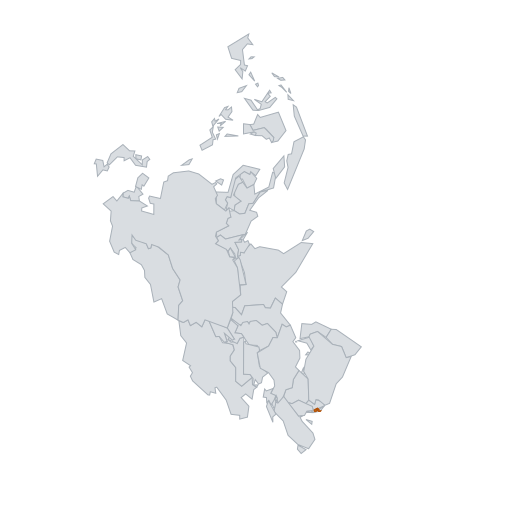 Palestine highlighted on a map of Asia, rotated 236°
{"feature_id": "PSE", "entity_name": "Palestine", "entity_type": "country or territory", "adm_level": 0, "iso_a3": "PSE", "parent_name": "Asia", "parent_adm1": "", "projection": "robinson", "projection_center": [35.031, 31.871], "detail": "fine", "context": "in_parent", "style": "filled", "palette": "amber", "viewbox_px": 512, "rotation_deg": 236, "n_neighbors": 45, "source": "natural_earth", "source_scale": "50m", "svg_char_len": 13500}
<svg xmlns="http://www.w3.org/2000/svg" viewBox="0 0 512 512"><g transform="rotate(236 256 256)"><path d="M245.4,155.8L241.5,158.6L241.1,163.9L235.0,162.7L234.5,169.3L227.6,171.5L231.6,178.0L230.4,181.1L211.6,177.6L209.9,180.5L202.8,179.8L196.3,187.3L190.2,185.5L187.4,178.7L183.4,176.0L174.8,176.8L163.5,169.1L156.1,171.3L157.5,184.9L151.4,181.2L146.8,183.2L146.5,179.4L139.5,172.7L147.4,170.3L146.9,164.5L135.4,166.1L127.2,158.8L129.9,151.3L133.0,153.4L138.7,146.8L153.2,150.7L169.2,150.1L169.7,148.3L164.7,145.9L169.0,142.2L166.6,139.8L167.7,138.5L187.9,133.6L193.1,134.4L194.8,138.1L201.3,138.4L201.6,140.4L210.4,136.8L222.7,149.8L232.0,149.1L245.4,155.8Z" fill="#d9dde1" stroke="#a8b0b8" stroke-width="1"/><path d="M157.5,184.9L156.1,171.3L163.5,169.1L174.8,176.8L183.4,176.0L187.4,178.7L190.2,185.5L195.2,187.3L202.4,181.4L201.2,184.2L209.6,186.6L206.2,189.3L202.6,189.0L202.3,186.2L198.4,187.1L196.6,191.5L194.0,191.4L196.8,196.7L195.5,200.5L165.0,179.6L160.9,184.9L157.5,184.9Z" fill="#d9dde1" stroke="#a8b0b8" stroke-width="1"/><path d="M445.2,349.7L444.1,374.2L441.4,371.1L433.0,371.5L436.7,367.4L434.7,360.2L420.8,353.2L418.5,355.4L415.3,350.5L421.0,348.2L416.2,348.2L410.6,343.5L422.1,342.9L423.4,350.3L426.7,352.6L433.5,346.3L445.2,349.7ZM391.1,373.3L389.1,378.0L385.8,378.4L387.8,374.8L391.1,373.3ZM422.1,365.8L421.9,363.0L423.3,360.4L423.9,363.3L422.1,365.8ZM368.4,324.4L366.6,327.8L372.4,336.5L368.5,337.0L362.7,355.0L343.2,351.0L339.1,338.4L341.4,332.4L344.3,337.0L355.2,335.4L357.8,334.6L361.8,323.8L368.4,324.4ZM401.7,352.7L410.2,351.5L411.4,354.4L401.7,352.7ZM398.3,354.2L396.0,353.5L395.4,351.9L398.7,351.7L398.3,354.2ZM401.9,331.8L404.5,335.7L402.6,343.3L400.2,336.1L401.9,331.8ZM378.6,335.0L393.1,334.6L388.0,339.0L376.4,339.0L375.9,341.9L378.8,345.2L386.8,342.2L380.6,347.1L385.8,360.0L382.8,359.8L384.4,356.7L380.4,357.1L378.8,349.8L376.6,350.9L376.7,360.7L374.6,361.2L371.5,350.5L375.2,339.4L378.6,335.0ZM377.1,377.4L371.2,375.8L374.3,375.1L377.1,377.4ZM374.5,373.0L381.4,371.7L384.4,370.3L383.8,372.4L374.5,373.0ZM367.9,370.3L371.8,372.6L363.9,373.9L367.9,370.3ZM329.1,362.1L350.6,366.0L360.6,371.4L356.8,372.8L326.6,365.7L329.1,362.1ZM320.8,342.6L329.5,351.4L328.3,361.9L324.6,362.0L317.8,355.8L293.5,319.4L300.8,320.2L311.5,332.1L317.7,334.7L322.2,339.5L320.8,342.6Z" fill="#d9dde1" stroke="#a8b0b8" stroke-width="1"/><path d="M391.4,375.2L394.4,371.6L399.0,371.5L391.4,375.2Z" fill="#d9dde1" stroke="#a8b0b8" stroke-width="1"/><path d="M96.4,215.0L93.8,220.3L93.6,229.2L91.5,222.7L94.2,215.7L96.4,215.0Z" fill="#d9dde1" stroke="#a8b0b8" stroke-width="1"/><path d="M98.9,211.5L94.3,215.7L98.4,210.0L98.9,211.5Z" fill="#d9dde1" stroke="#a8b0b8" stroke-width="1"/><path d="M95.6,218.3L105.8,214.6L107.1,219.2L100.2,221.6L103.4,225.4L97.3,230.3L93.6,229.2L95.6,218.3Z" fill="#d9dde1" stroke="#a8b0b8" stroke-width="1"/><path d="M147.4,248.9L155.3,249.4L162.3,243.4L158.7,255.5L148.9,253.6L147.4,248.9Z" fill="#d9dde1" stroke="#a8b0b8" stroke-width="1"/><path d="M144.9,247.0L144.6,244.3L146.3,241.9L147.4,245.3L144.9,247.0Z" fill="#d9dde1" stroke="#a8b0b8" stroke-width="1"/><path d="M133.0,227.1L136.7,232.7L130.8,230.7L133.0,227.1Z" fill="#d9dde1" stroke="#a8b0b8" stroke-width="1"/><path d="M107.1,219.2L105.8,214.6L112.7,210.7L113.4,203.4L117.9,199.6L124.1,200.4L128.4,206.0L126.6,212.4L132.8,218.0L137.1,227.6L124.8,230.4L107.1,219.2Z" fill="#d9dde1" stroke="#a8b0b8" stroke-width="1"/><path d="M159.4,254.7L162.9,246.3L174.3,256.2L168.2,263.9L167.9,268.8L153.2,277.4L149.3,268.6L159.0,264.8L160.9,257.3L159.4,254.7ZM163.0,241.1L161.7,242.1L162.5,240.8L163.0,241.1Z" fill="#d9dde1" stroke="#a8b0b8" stroke-width="1"/><path d="M316.5,294.2L317.3,286.5L327.4,287.8L328.7,285.2L332.7,289.1L332.6,293.6L327.2,296.5L328.9,298.8L319.9,300.0L316.5,294.2Z" fill="#d9dde1" stroke="#a8b0b8" stroke-width="1"/><path d="M324.6,286.3L317.3,286.5L316.5,294.2L308.0,289.6L306.0,305.2L316.1,316.6L312.9,318.6L302.6,308.6L306.7,295.3L301.3,283.1L303.3,279.2L297.6,270.7L300.0,265.9L305.8,263.3L310.0,266.9L309.9,274.2L316.6,271.2L321.9,274.5L325.4,281.5L324.6,286.3Z" fill="#d9dde1" stroke="#a8b0b8" stroke-width="1"/><path d="M331.7,286.6L324.6,286.3L325.4,281.5L319.1,271.4L309.9,274.2L310.0,266.9L305.8,263.3L311.0,260.4L310.1,256.1L315.7,262.0L319.7,262.0L321.4,265.3L318.6,267.6L331.0,280.2L331.7,286.6Z" fill="#d9dde1" stroke="#a8b0b8" stroke-width="1"/><path d="M305.8,263.3L300.0,265.9L297.6,270.7L303.3,279.2L301.3,283.1L306.7,295.3L303.7,302.6L302.8,290.7L297.4,276.4L291.9,280.9L287.9,279.7L287.7,271.5L280.0,259.3L287.1,240.2L293.3,238.2L293.3,233.8L298.0,236.6L296.3,250.2L299.7,249.6L302.9,253.8L302.3,256.9L308.6,257.9L305.8,263.3Z" fill="#d9dde1" stroke="#a8b0b8" stroke-width="1"/><path d="M322.7,300.6L328.9,298.8L327.2,296.5L332.6,293.6L332.1,282.9L318.6,267.6L321.4,265.3L319.7,262.0L315.7,262.0L311.7,255.6L321.5,252.3L331.2,259.0L324.4,268.4L336.3,282.6L338.4,296.1L325.7,307.6L322.7,300.6Z" fill="#d9dde1" stroke="#a8b0b8" stroke-width="1"/><path d="M382.4,180.9L382.0,186.5L377.0,190.7L380.9,195.9L370.5,196.9L370.9,192.1L366.8,190.1L368.4,187.7L371.9,183.1L376.5,184.4L375.2,182.4L379.5,178.7L382.4,180.9Z" fill="#d9dde1" stroke="#a8b0b8" stroke-width="1"/><path d="M375.4,198.2L381.0,195.0L386.9,201.8L388.0,208.2L380.6,210.8L376.6,202.1L378.7,201.4L375.4,198.2Z" fill="#d9dde1" stroke="#a8b0b8" stroke-width="1"/><path d="M246.4,155.5L257.6,150.0L273.4,153.9L274.9,145.6L291.4,152.6L300.4,151.9L306.4,155.5L312.9,156.1L321.9,152.0L329.2,153.3L329.8,161.2L336.0,160.0L342.6,163.7L327.4,171.9L322.2,170.9L321.5,173.3L323.9,175.9L320.7,179.1L305.9,183.9L292.2,179.9L278.6,179.7L273.9,174.1L259.9,170.2L258.3,164.3L246.4,155.5Z" fill="#d9dde1" stroke="#a8b0b8" stroke-width="1"/><path d="M293.3,233.8L293.3,238.2L287.1,240.2L281.0,257.2L278.8,251.2L277.6,253.6L275.6,251.7L279.0,246.2L271.0,245.1L266.1,240.6L265.2,243.2L267.8,245.2L265.3,247.9L267.4,248.9L268.9,258.5L262.7,259.2L261.6,264.3L248.4,277.8L242.5,280.2L241.9,301.0L234.5,310.0L220.2,279.9L216.1,259.7L209.2,261.5L201.2,251.0L210.3,248.5L204.7,238.8L207.9,234.8L211.6,235.1L221.0,218.8L215.3,211.1L225.0,209.8L227.5,206.7L231.5,211.1L232.4,221.6L240.6,226.6L237.9,231.8L248.8,237.2L264.5,240.8L265.8,234.5L266.6,238.2L269.7,239.6L277.0,239.2L275.5,235.7L288.8,229.3L289.7,233.3L293.3,233.8Z" fill="#d9dde1" stroke="#a8b0b8" stroke-width="1"/><path d="M278.8,251.2L280.5,262.3L276.7,254.5L273.7,254.3L273.3,257.9L269.2,257.1L265.3,247.9L267.8,245.2L265.2,243.2L266.1,240.6L271.0,245.1L279.0,246.2L275.6,251.7L277.6,253.6L278.8,251.2Z" fill="#d9dde1" stroke="#a8b0b8" stroke-width="1"/><path d="M275.5,235.7L277.0,239.2L266.6,238.2L269.9,233.7L275.5,235.7Z" fill="#d9dde1" stroke="#a8b0b8" stroke-width="1"/><path d="M264.0,235.3L264.5,240.8L261.8,240.8L237.9,231.8L241.8,225.7L256.5,234.0L264.0,235.3Z" fill="#d9dde1" stroke="#a8b0b8" stroke-width="1"/><path d="M227.5,206.7L225.0,209.8L215.3,211.1L221.0,218.8L211.6,235.1L207.9,234.8L204.7,238.8L210.3,248.5L201.2,251.0L195.0,244.5L179.4,245.8L180.3,241.4L184.8,239.5L176.3,227.9L181.7,229.8L193.7,227.7L195.1,222.4L202.4,220.1L208.3,202.9L218.2,200.5L222.1,205.2L227.5,206.7Z" fill="#d9dde1" stroke="#a8b0b8" stroke-width="1"/><path d="M186.0,200.6L199.8,200.5L204.1,195.5L208.2,202.0L212.2,199.2L218.2,200.5L206.7,204.5L208.3,207.9L206.5,212.3L203.5,212.2L205.0,214.7L202.4,220.1L195.1,222.4L193.7,227.7L181.7,229.8L176.3,227.9L178.9,224.5L174.3,216.1L175.6,206.1L181.2,207.0L186.0,200.6Z" fill="#d9dde1" stroke="#a8b0b8" stroke-width="1"/><path d="M195.5,200.5L196.8,196.7L194.0,191.4L202.3,186.2L203.8,188.9L199.4,191.6L212.4,191.9L217.5,199.5L208.2,202.0L204.1,195.5L199.8,200.5L195.5,200.5Z" fill="#d9dde1" stroke="#a8b0b8" stroke-width="1"/><path d="M202.4,181.4L209.9,180.5L211.6,177.6L230.4,181.1L212.4,191.9L199.4,191.6L199.4,189.4L209.6,186.6L201.2,184.2L202.4,181.4Z" fill="#d9dde1" stroke="#a8b0b8" stroke-width="1"/><path d="M146.8,183.2L151.4,181.2L156.0,185.1L160.9,184.9L165.0,179.6L191.2,197.4L191.4,199.7L188.9,198.6L178.9,207.5L175.6,206.1L175.0,202.9L162.7,197.2L152.4,200.3L151.9,193.7L147.9,189.7L148.4,186.5L153.9,186.3L150.4,181.9L148.0,185.6L146.8,183.2Z" fill="#d9dde1" stroke="#a8b0b8" stroke-width="1"/><path d="M137.1,227.6L132.8,218.0L126.6,212.4L128.4,206.0L122.3,197.4L121.8,191.9L128.1,194.5L133.9,191.4L137.8,198.8L143.0,201.5L152.2,201.2L160.5,196.8L175.0,202.9L174.3,216.1L178.9,224.5L176.3,227.9L184.8,239.5L180.3,241.4L179.4,245.8L166.0,243.3L164.4,238.7L153.3,239.3L146.8,235.3L142.0,226.7L137.1,227.6Z" fill="#d9dde1" stroke="#a8b0b8" stroke-width="1"/><path d="M96.1,217.1L98.9,211.5L96.7,207.0L99.3,201.7L116.6,200.2L113.4,203.4L112.7,210.7L99.7,218.6L96.1,217.1Z" fill="#d9dde1" stroke="#a8b0b8" stroke-width="1"/><path d="M129.2,194.4L120.3,188.9L119.9,185.7L126.0,186.8L129.2,194.4Z" fill="#d9dde1" stroke="#a8b0b8" stroke-width="1"/><path d="M124.1,200.4L99.3,201.7L97.4,205.4L97.5,202.3L93.0,201.8L77.4,204.2L71.0,202.3L66.8,191.8L76.4,185.3L89.4,182.3L104.0,186.3L117.0,183.9L123.8,190.9L121.8,191.9L124.1,200.4ZM67.0,183.0L72.7,182.3L75.6,185.0L67.5,189.2L67.0,183.0Z" fill="#d9dde1" stroke="#a8b0b8" stroke-width="1"/><path d="M248.6,311.7L248.2,315.6L244.0,317.5L241.6,309.1L242.9,303.0L248.6,311.7Z" fill="#d9dde1" stroke="#a8b0b8" stroke-width="1"/><path d="M337.2,271.6L334.0,267.2L340.7,264.5L339.8,269.8L337.2,271.6ZM212.4,191.9L231.6,178.0L227.6,171.5L234.5,169.3L235.0,162.7L241.1,163.9L241.5,158.6L246.4,155.5L258.3,164.3L259.9,170.2L273.9,174.1L278.6,179.7L292.2,179.9L305.9,183.9L317.7,180.4L323.9,175.9L321.5,173.3L322.2,170.9L327.4,171.9L336.3,165.1L342.8,165.0L336.0,160.0L328.4,159.8L329.2,153.3L336.2,152.4L337.0,145.9L334.0,143.0L338.5,140.6L350.1,142.9L361.0,153.8L366.6,155.0L374.2,161.0L384.7,158.5L385.2,170.7L379.4,171.4L382.4,180.9L379.5,178.7L375.2,182.4L376.5,184.4L371.9,183.1L366.8,190.1L358.2,193.9L359.7,188.2L357.3,186.3L347.6,194.5L356.2,200.4L358.8,197.8L364.0,199.3L365.2,201.3L357.1,208.9L368.9,220.9L367.9,224.8L371.3,227.9L371.2,234.0L364.1,247.8L356.0,254.4L340.1,259.6L339.5,263.6L337.7,263.8L337.1,259.6L327.8,258.0L326.3,254.3L321.5,252.3L310.1,256.1L311.0,260.4L302.3,256.9L302.9,253.8L299.7,249.6L296.3,250.2L298.0,236.6L295.1,233.5L289.7,233.3L288.8,229.3L278.0,235.2L269.9,233.7L266.5,237.4L265.8,234.5L256.5,234.0L232.4,221.6L231.5,211.1L222.1,205.2L212.4,191.9Z" fill="#d9dde1" stroke="#a8b0b8" stroke-width="1"/><path d="M372.8,245.0L373.1,254.4L372.2,257.4L369.3,251.5L372.8,245.0Z" fill="#d9dde1" stroke="#a8b0b8" stroke-width="1"/><path d="M128.4,182.9L132.8,185.5L135.0,183.1L140.9,188.8L138.4,189.1L136.6,196.1L133.9,191.4L129.2,194.4L126.3,190.2L124.1,185.2L128.8,185.9L128.4,182.9ZM128.1,194.5L126.0,194.0L123.8,190.9L126.8,191.8L128.1,194.5Z" fill="#d9dde1" stroke="#a8b0b8" stroke-width="1"/><path d="M108.7,177.0L125.4,180.5L129.2,185.4L113.7,184.1L113.3,180.0L108.7,177.0Z" fill="#d9dde1" stroke="#a8b0b8" stroke-width="1"/><path d="M378.0,294.1L374.5,289.4L378.6,290.9L378.0,294.1ZM384.6,306.1L383.9,299.1L385.4,301.4L387.6,297.8L384.6,306.1ZM392.4,303.3L396.6,312.9L395.7,316.4L394.3,312.5L392.8,314.5L393.2,319.0L389.2,316.8L386.8,310.5L381.4,312.9L386.3,307.3L392.8,306.2L392.4,303.3ZM373.3,300.3L365.4,308.5L372.5,297.2L373.3,300.3ZM379.2,271.5L378.9,286.1L386.3,288.2L387.1,292.9L383.0,289.0L375.4,287.9L376.4,285.4L372.5,282.1L373.8,270.4L379.2,271.5ZM381.0,300.7L380.1,295.3L384.3,296.4L381.0,300.7ZM392.0,294.3L393.2,298.5L390.6,297.5L390.3,301.9L387.8,292.8L392.0,294.3Z" fill="#d9dde1" stroke="#a8b0b8" stroke-width="1"/><path d="M309.2,315.7L318.9,319.2L323.4,335.1L313.9,329.6L309.2,315.7ZM368.4,324.4L361.8,323.8L357.8,334.6L344.3,337.0L342.0,334.9L341.4,332.4L346.4,333.0L347.0,329.8L352.3,328.3L356.2,322.9L360.0,323.7L364.2,313.9L372.6,319.6L368.4,324.4Z" fill="#d9dde1" stroke="#a8b0b8" stroke-width="1"/><path d="M360.3,319.5L360.0,323.7L357.8,324.9L356.2,322.9L360.3,319.5Z" fill="#d9dde1" stroke="#a8b0b8" stroke-width="1"/><path d="M421.8,192.9L422.8,208.0L413.9,210.0L410.8,214.3L407.3,210.0L395.2,212.7L399.2,215.5L399.0,221.8L395.5,222.0L395.2,218.6L390.9,214.9L398.5,206.9L407.9,206.5L408.7,199.9L411.4,201.7L415.7,196.5L413.6,185.4L416.5,184.7L421.8,192.9ZM421.6,175.1L422.9,173.5L425.7,177.7L420.9,182.4L414.9,179.9L415.3,183.9L411.9,184.0L409.7,180.3L413.0,177.2L410.7,169.2L421.6,175.1ZM400.0,214.3L403.8,210.9L407.2,213.0L402.9,217.1L400.0,214.3Z" fill="#d9dde1" stroke="#a8b0b8" stroke-width="1"/><path d="M149.3,268.6L153.2,277.4L150.2,281.4L121.8,292.5L118.8,282.8L121.3,273.9L133.1,276.3L140.0,270.0L149.3,268.6Z" fill="#d9dde1" stroke="#a8b0b8" stroke-width="1"/><path d="M93.7,229.7L101.8,227.3L103.4,225.4L100.2,221.6L107.1,219.2L124.8,230.4L133.6,231.0L142.5,239.7L148.9,253.6L159.4,254.7L160.9,257.3L159.0,264.8L140.0,270.0L133.1,276.3L121.3,273.9L119.4,278.6L107.3,260.0L105.2,251.0L92.7,234.6L93.7,229.7Z" fill="#d9dde1" stroke="#a8b0b8" stroke-width="1"/><path d="M92.5,206.0L87.5,210.1L85.3,208.1L92.5,206.0Z" fill="#d9dde1" stroke="#a8b0b8" stroke-width="1"/><path d="M95.6,218.3L95.7,218.9L95.6,219.4L95.5,219.8L95.6,220.7L95.4,221.0L95.3,221.4L95.3,221.7L95.2,221.7L94.7,221.9L94.2,222.2L93.6,222.2L93.6,221.5L93.7,221.3L94.0,221.0L94.3,220.8L94.5,220.7L94.3,220.5L94.0,220.4L93.8,220.5L93.7,220.4L93.8,220.3L93.8,220.1L93.8,219.8L93.8,219.5L93.7,219.2L93.9,218.7L94.1,218.1L94.5,217.8L94.8,217.9L95.0,217.9L95.1,218.1L95.4,218.3L95.6,218.3ZM92.2,221.3L92.4,221.5L91.8,222.2L91.8,222.4L91.5,222.8L91.4,222.4L91.9,221.7L92.2,221.3Z" fill="#f59e0b" stroke="#b45309" stroke-width="1.5"/></g></svg>